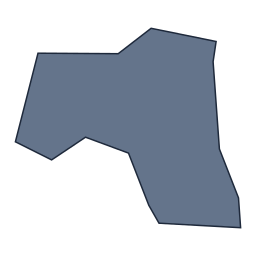 the border of Baie Lazare
{"feature_id": "SYC-5203", "entity_name": "Baie Lazare", "entity_type": "state/province", "adm_level": 1, "iso_a3": "SYC", "parent_name": "Seychelles", "parent_adm1": "", "projection": "albers", "projection_center": [55.49, -4.757], "detail": "fine", "context": "isolated", "style": "filled", "palette": "slate", "viewbox_px": 256, "rotation_deg": 0, "n_neighbors": 0, "source": "natural_earth", "source_scale": "10m", "svg_char_len": 303}
<svg xmlns="http://www.w3.org/2000/svg" viewBox="0 0 256 256"><path d="M159.0,223.2L148.8,205.3L128.5,153.1L85.5,137.2L51.6,159.9L15.4,141.8L38.0,53.2L118.2,53.7L151.1,28.3L216.1,41.5L213.1,61.7L219.4,149.0L238.5,197.9L240.6,227.7L159.0,223.2Z" fill="#64748b" stroke="#1e293b" stroke-width="1.5"/></svg>